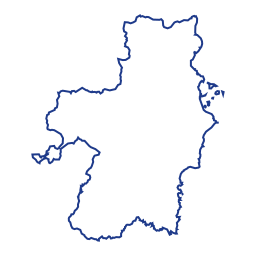 Bone, Sulawesi Selatan, Indonesia (Albers equal-area conic projection)
{"feature_id": "22746128B25468135680533", "entity_name": "Bone", "entity_type": "district", "adm_level": 2, "iso_a3": "IDN", "parent_name": "Indonesia", "parent_adm1": "Sulawesi Selatan", "projection": "albers", "projection_center": [120.181, -4.68], "detail": "fine", "context": "isolated", "style": "outline", "palette": "blue", "viewbox_px": 256, "rotation_deg": 0, "n_neighbors": 0, "source": "geoboundaries", "source_scale": "gbopen_adm2", "svg_char_len": 5791}
<svg xmlns="http://www.w3.org/2000/svg" viewBox="0 0 256 256"><path d="M32.4,154.5L32.9,157.4L35.8,159.7L37.0,161.7L38.3,162.7L38.9,162.5L39.6,163.1L40.0,161.6L43.5,159.0L46.1,158.1L48.6,159.3L48.4,160.4L49.2,162.8L50.0,163.2L52.3,161.6L53.7,158.9L54.8,159.5L59.1,159.5L60.7,155.8L60.2,153.8L60.8,152.1L60.6,149.1L68.0,143.5L72.2,142.9L73.7,143.6L75.1,141.2L77.0,139.8L78.1,137.5L79.4,139.0L81.2,139.7L82.0,140.7L84.6,140.8L89.2,145.9L90.9,147.2L95.4,149.1L99.6,152.4L98.7,154.7L94.8,155.6L94.2,156.2L92.7,159.4L93.2,161.9L91.7,166.3L90.7,168.0L89.5,168.6L87.0,171.4L86.2,173.8L89.8,175.5L90.3,177.5L89.7,179.5L87.9,180.4L87.7,181.8L86.0,183.6L84.8,183.5L83.5,185.2L82.6,184.6L82.5,185.6L81.2,185.7L81.7,186.5L80.9,186.8L80.5,189.3L81.1,189.1L81.4,190.1L80.6,191.1L82.1,191.8L81.0,192.8L79.8,192.9L78.3,196.2L78.5,196.8L78.0,197.0L79.1,201.0L78.0,204.4L78.1,206.8L76.7,209.1L74.8,210.7L73.8,213.4L72.9,214.3L71.4,214.3L70.8,215.9L69.1,217.5L68.8,218.4L68.9,220.8L70.3,222.4L71.2,225.9L72.4,228.2L74.4,229.1L77.0,228.5L80.3,229.9L81.7,233.6L84.4,235.2L84.7,236.2L87.4,238.8L89.3,239.1L91.2,237.9L94.7,239.2L96.1,239.2L97.6,240.4L98.9,240.6L98.9,238.8L102.0,236.4L103.2,238.1L105.0,238.1L106.3,238.7L109.0,236.3L109.9,236.7L110.9,238.5L112.0,238.3L112.9,237.5L114.0,237.9L116.2,237.1L119.4,237.3L121.1,236.3L121.1,233.4L122.2,231.8L121.9,230.7L123.8,230.4L124.0,228.9L124.9,228.4L125.0,226.9L125.7,226.6L126.1,225.4L127.1,224.7L129.8,224.9L132.1,223.7L132.9,221.6L134.5,220.6L135.4,220.7L136.7,217.4L138.3,217.1L140.0,219.5L139.7,220.2L142.0,221.1L143.0,220.4L143.1,222.3L145.0,221.7L145.7,223.4L145.2,224.2L146.2,225.5L147.3,224.5L148.8,224.9L150.4,223.2L151.1,223.7L152.2,223.2L152.0,224.5L152.7,224.3L152.8,224.8L152.1,225.9L153.0,225.5L153.8,225.9L153.9,228.4L154.4,228.2L155.4,229.8L156.7,230.7L157.4,230.2L159.1,230.7L160.1,230.1L160.0,229.2L161.2,228.9L161.9,229.8L162.8,228.8L162.8,227.7L167.2,229.5L169.7,234.7L171.0,234.1L170.4,232.0L170.9,231.1L172.9,232.7L175.7,233.7L176.8,233.6L176.2,232.3L176.5,229.3L177.0,229.2L176.4,228.7L177.3,225.7L176.9,222.8L179.5,219.8L179.0,219.6L179.4,218.3L179.0,217.9L179.6,216.9L176.9,217.1L176.4,215.7L177.5,214.2L178.2,211.8L178.0,210.5L179.4,209.2L179.8,207.4L180.9,206.9L179.5,204.4L179.9,203.0L179.0,202.4L178.7,201.2L179.0,200.1L180.2,200.0L179.6,199.5L180.2,199.3L180.5,198.0L179.4,198.2L178.2,196.0L177.9,193.9L178.6,193.1L180.2,193.2L181.4,191.6L180.4,189.7L179.3,189.9L178.4,189.2L177.5,187.5L178.3,185.8L179.3,185.3L180.7,185.8L182.3,184.5L181.6,183.8L182.1,182.7L180.5,182.6L180.5,180.8L179.6,178.5L180.8,174.0L182.3,171.8L183.6,171.1L183.7,170.4L187.6,168.2L188.1,167.4L190.3,166.8L195.1,168.2L198.6,167.6L199.6,166.7L198.8,162.9L199.4,162.6L199.3,160.5L198.6,159.0L199.6,158.6L200.4,156.2L200.4,154.4L199.8,153.6L200.2,149.6L201.8,146.8L203.4,146.4L202.2,144.9L203.9,141.0L203.9,139.0L203.1,137.6L203.8,135.2L206.0,131.7L211.5,127.5L214.6,123.6L215.9,122.7L218.7,122.7L216.3,122.4L215.9,121.0L214.0,120.3L213.8,118.4L213.2,118.3L213.5,116.6L211.7,114.1L205.8,111.7L203.7,109.9L199.8,98.9L199.8,97.4L200.3,97.5L200.4,96.0L202.2,96.4L205.3,95.5L205.6,94.8L205.2,95.1L205.1,94.3L205.2,95.2L202.3,96.2L200.1,95.9L200.3,94.3L202.1,93.9L200.3,94.3L200.2,91.0L198.9,89.6L198.1,86.9L199.1,85.7L199.4,84.0L200.8,81.6L201.4,81.7L202.0,80.9L203.3,82.0L204.2,79.4L203.0,76.4L200.7,76.2L199.6,74.7L197.3,74.4L197.0,73.9L197.9,73.3L197.0,72.2L196.8,70.8L195.4,70.4L194.7,69.7L194.9,69.1L194.0,69.0L190.9,65.8L190.9,60.6L192.8,59.5L194.9,55.2L194.3,52.3L194.8,52.0L196.2,53.1L198.3,51.3L200.4,48.2L199.9,47.6L200.8,47.5L201.4,46.7L202.2,43.9L202.0,41.3L200.8,38.3L197.3,35.0L195.2,34.7L195.8,34.1L195.2,32.7L195.4,25.9L196.9,22.6L197.1,19.8L197.1,18.6L195.9,16.2L195.0,16.6L194.3,15.9L193.4,16.1L191.8,16.9L191.5,18.3L190.5,18.3L187.9,20.4L184.0,20.1L179.5,22.3L177.5,21.4L175.4,22.0L174.3,22.6L170.9,27.0L167.6,28.3L164.1,27.1L163.2,25.5L162.8,20.9L161.2,19.2L159.5,19.8L153.1,19.6L148.6,17.1L146.7,16.9L145.6,17.4L142.4,16.1L140.7,16.6L140.0,15.4L136.7,17.3L135.5,21.1L133.2,22.4L130.6,23.3L128.0,22.4L124.8,22.2L123.5,28.4L124.1,31.4L126.4,32.7L126.5,33.7L125.0,36.1L126.9,38.0L126.8,39.3L126.4,39.6L127.0,40.5L125.0,43.7L125.4,45.2L125.0,46.3L127.9,47.4L129.6,50.2L128.9,54.3L129.7,55.9L129.3,57.6L125.7,59.9L122.8,60.1L118.2,58.9L119.2,63.2L122.0,67.7L121.3,69.3L121.4,71.6L120.1,75.3L120.8,76.8L120.5,79.1L121.0,80.6L120.4,84.0L118.0,85.0L115.4,89.1L109.7,90.4L104.8,89.1L103.0,90.2L102.6,92.1L100.5,93.5L99.1,91.7L97.1,91.9L96.6,92.6L94.9,91.9L92.6,92.1L92.2,91.6L91.3,92.2L88.8,91.4L87.1,90.2L86.3,90.3L82.2,87.8L75.7,92.0L74.1,90.9L71.9,91.1L70.9,93.2L70.0,91.9L62.7,90.7L60.6,91.4L59.5,92.9L58.2,92.7L59.3,96.3L57.0,99.9L57.6,103.7L56.9,107.4L54.9,108.4L54.7,109.9L48.9,112.5L48.7,114.3L47.1,115.0L46.3,118.6L47.2,120.8L46.8,122.7L48.0,124.9L47.3,128.0L47.7,129.2L50.4,130.2L51.9,129.8L54.3,130.2L60.8,134.1L63.0,138.2L62.7,143.4L59.4,146.9L59.0,148.0L57.5,148.9L55.2,148.0L54.2,145.9L50.1,146.4L48.6,150.0L46.6,151.3L46.4,153.1L47.7,153.3L47.2,153.8L47.7,154.4L46.5,155.0L45.7,154.7L45.2,155.2L45.3,156.1L44.7,156.1L45.0,156.7L44.0,156.7L43.8,156.1L41.8,156.4L41.1,157.5L40.4,157.1L38.9,154.3L32.4,154.5ZM210.8,84.1L207.9,82.7L207.7,83.0L209.3,84.3L209.5,88.4L211.1,88.5L212.8,86.5L214.5,85.6L215.6,86.3L216.6,86.0L213.9,84.2L210.8,84.1ZM216.2,94.4L218.8,93.8L219.1,92.5L218.9,91.3L217.3,91.1L215.7,92.3L215.3,93.7L216.2,94.4ZM209.1,105.3L209.2,103.5L208.3,103.4L207.8,105.1L208.6,105.6L209.1,105.3ZM223.1,94.4L223.6,92.0L222.2,91.5L223.1,94.4ZM207.6,102.5L209.4,102.3L209.1,101.5L207.4,101.9L207.6,102.5ZM205.5,107.3L205.8,106.8L205.3,105.8L204.7,105.8L204.5,106.7L205.5,107.3ZM213.0,98.6L213.2,97.7L212.4,97.8L212.2,98.4L213.0,98.6ZM182.6,194.5L183.1,194.7L182.5,194.0L182.6,194.5Z" fill="none" stroke="#1e3a8a" stroke-width="2"/></svg>